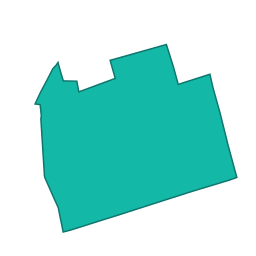 Windham, Connecticut, United States of America (Mercator projection), rotated 74°
{"feature_id": "52423323B50324071852307", "entity_name": "Windham", "entity_type": "district", "adm_level": 2, "iso_a3": "USA", "parent_name": "United States of America", "parent_adm1": "Connecticut", "projection": "mercator", "projection_center": [-71.988, 41.832], "detail": "fine", "context": "isolated", "style": "filled", "palette": "teal", "viewbox_px": 256, "rotation_deg": 74, "n_neighbors": 0, "source": "geoboundaries", "source_scale": "gbopen_adm2", "svg_char_len": 723}
<svg xmlns="http://www.w3.org/2000/svg" viewBox="0 0 256 256"><g transform="rotate(74 128 128)"><path d="M209.4,178.7L208.9,157.3L208.8,155.3L208.3,139.9L208.3,139.1L207.8,124.2L207.8,123.7L207.7,119.9L207.6,117.4L206.7,88.0L206.5,78.9L206.0,44.3L205.5,37.0L176.0,36.6L173.6,36.6L148.1,35.7L139.5,35.4L112.6,35.2L99.7,34.5L98.9,34.4L99.9,67.7L81.4,67.5L58.3,68.1L58.0,126.5L76.8,126.6L79.7,165.3L68.9,164.3L64.9,177.2L58.5,177.3L49.4,177.3L45.7,177.2L47.8,179.7L50.3,183.9L60.2,193.2L69.6,202.3L79.3,210.7L81.3,206.0L92.6,208.0L95.0,209.2L141.4,219.4L143.8,219.9L150.9,221.5L152.8,221.6L175.9,218.4L185.2,217.0L210.1,219.0L210.3,211.4L209.4,178.9L209.4,178.7Z" fill="#14b8a6" stroke="#0f766e" stroke-width="1.5"/></g></svg>